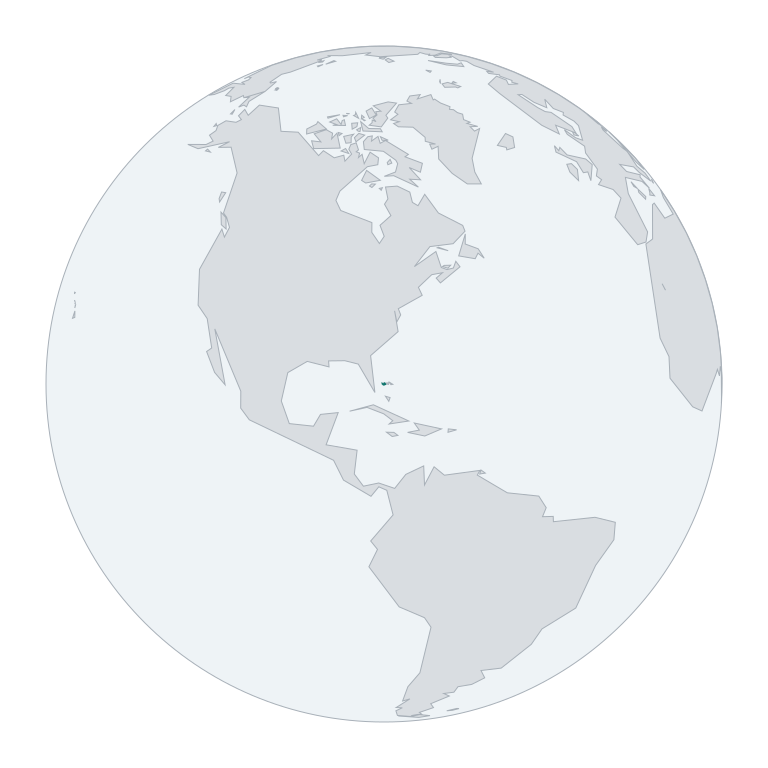 globe centered on West Grand Bahama
{"feature_id": "BHS-5011", "entity_name": "West Grand Bahama", "entity_type": "District", "adm_level": 1, "iso_a3": "BHS", "parent_name": "The Bahamas", "parent_adm1": "", "projection": "orthographic", "projection_center": [-78.67, 26.651], "detail": "fine", "context": "on_globe", "style": "filled", "palette": "teal", "viewbox_px": 768, "rotation_deg": 0, "n_neighbors": 0, "source": "natural_earth", "source_scale": "10m", "svg_char_len": 9789}
<svg xmlns="http://www.w3.org/2000/svg" viewBox="0 0 768 768"><circle cx="384" cy="384" r="338" fill="#eef3f6" stroke="#a8b0b8"/><path d="M386.8,490.3L378.8,486.8L371.0,496.3L343.5,480.1L333.6,460.3L249.3,419.8L240.7,408.1L240.8,391.2L214.8,328.9L225.1,384.8L214.6,372.4L206.6,351.5L211.7,348.0L207.2,318.6L198.1,305.2L199.5,269.3L221.9,229.1L224.4,237.1L229.5,227.4L226.6,217.2L223.5,213.0L237.1,173.0L231.1,147.2L218.3,147.4L229.6,141.7L198.0,148.7L187.8,144.4L206.1,144.5L213.1,141.1L209.5,135.2L216.0,130.6L217.9,125.4L226.0,120.8L236.0,122.3L241.4,119.6L238.5,115.8L244.8,109.4L248.2,115.3L259.4,105.1L278.4,108.0L281.0,131.3L298.2,132.2L318.6,155.6L323.4,150.7L334.2,157.8L343.8,155.2L344.9,161.2L351.6,154.1L348.8,149.2L350.8,144.6L356.2,142.9L358.5,149.9L356.2,151.8L359.6,153.1L358.5,157.5L362.1,154.3L364.2,163.7L370.1,152.2L378.5,157.8L377.8,164.7L367.4,166.7L339.9,191.1L335.9,200.4L340.7,210.5L371.9,222.6L371.8,232.4L379.4,243.5L384.2,236.3L380.0,225.3L390.9,215.6L384.5,204.2L387.9,198.9L385.5,187.0L397.2,186.1L409.8,192.1L412.4,202.4L418.0,205.7L424.7,194.3L438.4,213.0L462.7,225.4L465.0,231.2L453.1,243.7L429.9,246.6L414.4,266.6L435.9,251.5L441.3,267.5L447.0,269.6L453.4,268.0L455.8,261.3L460.0,266.8L440.4,282.9L436.2,278.1L442.5,272.7L431.7,274.7L418.4,287.3L422.2,295.3L398.3,308.7L400.7,314.9L396.8,321.9L394.6,310.8L398.1,331.6L370.6,355.6L374.9,392.5L358.3,364.1L344.8,360.7L328.6,360.9L329.0,366.9L307.2,361.4L287.8,372.6L281.3,401.0L289.3,423.6L313.5,426.2L320.5,414.4L338.2,412.6L326.1,444.8L357.1,450.2L354.3,474.0L363.4,486.2L378.7,483.0L394.7,488.4L405.8,474.4L423.7,465.9L424.5,485.0L434.1,466.8L444.4,475.2L479.9,470.4L477.3,475.1L507.3,492.8L538.8,496.1L546.2,507.7L542.5,516.7L553.2,516.4L553.4,521.7L595.0,517.3L615.3,522.3L613.9,539.7L595.6,565.4L575.8,608.0L542.0,628.9L531.3,644.3L501.2,668.1L481.0,670.5L484.7,677.8L471.7,684.4L458.0,686.7L453.9,692.2L443.7,693.5L449.3,696.0L430.7,703.7L433.5,707.6L419.4,712.4L421.7,714.2L417.1,714.5L411.8,715.5L410.6,716.5L397.4,715.4L395.9,710.8L402.3,707.8L396.2,707.5L409.9,698.9L402.6,701.0L407.9,686.7L419.9,672.8L431.0,627.2L424.5,617.7L399.2,606.9L368.9,566.8L377.5,549.4L370.7,541.0L393.1,514.9L386.8,490.3ZM72.5,318.3L74.9,310.9L74.8,317.4L72.5,318.3ZM75.5,305.3L74.8,308.0L75.2,305.5L75.5,305.3ZM75.2,302.7L75.4,304.5L74.9,303.1L75.2,302.7ZM74.5,300.1L75.0,301.2L74.8,301.3L74.5,300.1ZM373.4,404.8L408.8,421.0L389.1,424.0L392.8,420.7L383.7,413.8L367.0,407.4L349.6,411.2L373.4,404.8ZM74.5,293.9L74.6,292.2L75.3,292.5L74.5,293.9ZM388.5,384.4L382.4,383.2L388.3,382.9L388.5,384.4ZM221.0,212.1L225.9,217.6L226.1,229.0L221.3,224.7L221.0,212.1ZM221.6,192.0L225.7,192.7L219.6,202.0L219.1,198.6L221.6,192.0ZM207.6,149.1L210.4,152.1L205.5,150.9L207.6,149.1ZM216.8,125.6L213.9,126.4L216.2,123.5L216.8,125.6ZM379.3,188.4L382.4,187.7L381.2,190.3L379.3,188.4ZM375.4,184.1L371.9,187.5L369.5,186.0L371.7,183.9L375.4,184.1ZM230.5,113.9L234.9,109.5L232.2,114.2L230.5,113.9ZM380.3,180.3L365.7,183.0L361.6,180.4L366.6,170.4L380.3,180.3ZM238.6,107.1L249.2,97.2L243.9,97.7L265.1,91.4L249.0,101.4L246.5,106.8L243.9,105.1L238.6,107.1ZM345.6,148.5L348.8,153.5L341.1,151.0L345.6,148.5ZM340.2,148.1L313.7,148.6L311.6,140.8L320.9,141.9L314.2,133.8L326.3,129.7L332.6,133.2L331.6,138.9L337.0,133.1L340.2,148.1ZM275.1,90.0L279.1,88.2L276.8,90.4L275.1,90.0ZM351.1,142.7L345.9,143.2L343.7,136.4L353.7,134.2L351.2,137.0L351.1,142.7ZM306.6,134.0L306.8,129.0L316.5,124.1L317.9,121.6L326.4,129.0L306.6,134.0ZM354.4,137.7L358.8,133.4L364.7,135.1L356.0,141.8L354.4,137.7ZM339.0,135.7L338.4,132.5L342.0,133.5L339.0,135.7ZM388.2,140.2L382.1,140.3L380.4,136.7L388.2,140.2ZM360.0,131.6L358.0,131.1L356.6,129.8L360.7,127.5L360.0,131.6ZM332.7,125.3L336.7,124.6L329.7,122.0L336.7,118.8L341.1,124.4L342.2,120.6L344.3,119.7L345.5,125.5L332.7,125.3ZM360.7,121.6L368.7,128.5L380.4,128.7L382.2,131.8L363.0,131.0L360.7,121.6ZM351.7,123.3L357.7,122.8L356.9,126.6L352.2,129.2L351.7,123.3ZM340.0,114.7L328.0,118.2L327.5,116.9L340.0,114.7ZM364.3,120.8L362.3,119.2L365.2,120.3L364.3,120.8ZM347.6,115.6L343.5,116.8L343.0,115.3L347.6,115.6ZM361.7,115.2L364.3,117.3L361.3,119.0L361.7,115.2ZM355.4,114.7L355.7,112.3L358.6,118.3L353.6,115.5L355.4,114.7ZM347.8,113.9L346.2,113.4L349.6,113.6L347.8,113.9ZM371.8,107.9L376.2,115.0L369.5,118.6L366.1,111.1L371.8,107.9ZM418.8,717.4L398.3,716.0L410.1,716.7L419.7,714.6L430.0,715.6L418.8,717.4ZM446.7,710.8L457.0,708.4L459.0,708.6L452.4,710.3L446.7,710.8ZM635.2,157.9L644.2,169.5L636.2,162.1L616.5,139.3L609.0,131.9L635.2,157.9ZM599.1,123.4L599.0,123.8L586.9,114.2L598.0,123.7L600.1,124.8L607.1,131.3L605.6,130.8L601.4,127.1L603.0,130.0L622.8,148.2L627.1,151.3L636.9,166.2L645.0,173.1L650.8,181.1L639.4,172.6L633.6,166.9L619.7,164.4L626.6,171.5L640.2,174.8L640.0,177.0L649.4,188.2L642.0,181.4L625.4,177.4L628.3,193.6L647.6,231.9L646.0,242.0L637.7,244.7L615.0,217.1L621.0,198.1L613.1,189.5L598.5,184.6L601.6,179.7L596.4,175.9L597.4,169.1L585.6,153.0L584.6,146.2L567.3,134.4L564.4,129.7L575.5,137.7L582.6,140.2L578.5,125.6L574.0,121.1L563.1,115.0L563.4,112.4L553.3,108.5L544.7,99.2L546.8,107.7L534.0,102.3L522.0,94.5L518.1,94.7L537.7,107.6L545.2,111.6L551.1,112.4L571.9,126.6L576.0,133.1L555.6,125.2L559.3,134.0L541.8,125.3L499.5,93.4L488.3,84.0L496.5,76.2L506.4,80.1L508.4,84.4L518.2,83.9L511.8,82.2L512.0,80.5L499.9,76.1L499.5,74.8L488.6,73.4L486.7,71.3L493.6,72.2L474.0,65.5L466.7,61.3L462.5,60.6L460.0,60.9L452.3,56.3L449.6,56.0L451.0,57.3L446.4,57.8L435.3,57.4L433.3,55.7L437.0,55.7L441.7,53.8L452.0,54.7L450.0,54.1L440.6,53.0L434.9,55.2L428.8,55.5L430.1,53.8L429.1,54.4L425.5,54.1L419.9,52.5L417.8,54.3L380.2,56.7L365.7,55.0L371.1,52.5L342.6,55.7L328.5,55.6L329.9,56.5L317.2,60.0L321.4,59.9L321.1,60.7L290.4,72.1L281.6,74.3L270.0,82.2L270.6,83.0L276.5,81.6L265.1,91.4L243.9,97.7L243.4,95.5L230.4,101.8L231.1,96.4L225.7,95.5L233.9,87.3L228.9,88.1L224.4,90.7L214.2,94.5L208.9,95.2L233.1,83.2L245.0,84.4L241.9,82.4L248.5,79.9L251.0,77.6L248.3,77.0L244.3,78.7L270.3,66.0L272.1,65.2L295.7,57.8L319.9,52.2L344.4,48.4L369.1,46.4L393.9,46.2L418.7,47.9L443.3,51.3L467.5,56.6L491.3,63.6L514.5,72.3L537.0,82.7L558.7,94.7L579.4,108.3L599.1,123.4ZM721.4,403.2L721.5,396.6L721.3,371.9L720.3,366.3L719.5,375.9L717.4,369.4L716.1,373.7L702.0,411.0L692.7,406.8L670.0,378.2L669.0,356.6L660.1,338.1L645.9,244.0L652.6,239.0L652.5,204.6L654.2,203.1L664.8,218.2L673.2,214.1L663.4,197.6L660.6,189.8L674.2,210.9L686.3,232.9L696.7,255.8L705.3,279.4L712.2,303.5L717.3,328.1L720.5,353.1L721.9,378.1L721.4,403.2ZM662.1,283.7L665.2,289.7L665.3,289.7L662.1,283.7ZM481.0,470.0L485.3,473.1L479.7,474.0L481.0,470.0ZM386.5,432.2L393.9,432.4L397.9,435.4L392.2,436.5L386.5,432.2ZM448.3,428.9L456.6,429.8L448.0,432.3L448.3,428.9ZM414.3,423.0L441.5,428.9L424.8,436.0L407.6,432.4L419.3,430.1L414.3,423.0ZM385.4,396.2L390.1,397.6L388.8,401.3L385.4,396.2ZM392.8,384.3L391.0,384.7L388.6,381.7L392.8,384.3ZM442.5,266.5L444.2,265.4L450.7,265.2L447.9,268.2L442.5,266.5ZM478.2,248.8L484.2,258.2L478.0,253.2L475.2,258.7L458.7,255.9L465.3,233.9L465.2,244.0L478.2,248.8ZM438.4,247.2L448.2,250.7L437.2,247.8L438.4,247.2ZM566.8,164.3L571.4,163.6L577.4,169.4L578.6,180.6L569.9,172.1L566.8,164.3ZM576.6,161.7L556.0,152.1L554.4,145.7L558.8,150.7L559.8,147.4L567.1,154.9L585.7,159.0L592.2,164.6L590.9,180.7L587.8,171.9L583.4,172.7L576.6,161.7ZM506.3,147.4L497.4,145.4L505.5,133.5L512.9,136.9L514.6,147.5L506.8,149.9L506.3,147.4ZM391.8,163.1L387.9,164.7L387.2,162.6L390.1,159.4L391.8,163.1ZM385.5,140.5L408.4,154.4L405.0,156.8L422.4,163.3L420.4,172.2L409.2,167.5L420.6,179.8L409.7,179.2L418.4,187.1L393.7,175.7L384.3,176.3L395.5,172.0L397.7,163.6L395.8,160.2L383.4,151.3L364.3,149.5L363.4,141.7L367.8,136.7L372.3,135.9L371.5,141.1L378.0,136.4L380.2,143.3L385.5,140.5ZM420.2,94.6L417.4,98.9L430.9,94.6L433.2,99.9L434.6,99.1L440.5,103.0L450.0,106.7L449.5,109.3L453.5,109.7L457.4,112.6L462.6,114.2L463.6,119.6L470.1,122.2L466.9,123.4L477.7,126.4L470.1,126.7L474.5,131.1L479.6,128.5L472.1,158.3L474.8,172.0L481.3,183.9L467.3,183.9L452.2,173.4L438.7,159.0L438.1,146.3L431.9,149.2L429.7,144.1L435.5,144.0L425.3,141.3L425.1,137.3L413.0,127.2L398.4,126.8L393.6,123.5L399.2,121.7L390.6,119.8L397.9,114.3L394.7,112.0L398.8,104.8L411.5,103.4L406.9,101.0L409.8,96.0L420.2,94.6ZM373.3,105.8L388.1,101.9L396.5,103.1L385.9,115.3L387.8,118.1L381.3,126.9L369.2,125.2L372.1,122.7L372.2,120.0L376.0,121.6L373.0,118.3L377.0,115.0L375.8,111.7L380.9,111.2L373.3,105.8ZM649.8,195.0L649.9,192.9L648.7,188.4L654.6,195.8L649.8,195.0ZM638.8,192.4L638.0,189.2L645.8,196.6L645.6,199.2L638.8,192.4ZM631.0,181.7L637.4,188.5L633.8,186.4L631.0,181.7ZM574.0,134.9L572.4,131.8L574.8,132.7L578.8,136.0L574.0,134.9ZM460.7,86.5L457.8,87.9L455.7,87.0L444.7,87.3L442.1,83.9L447.7,82.4L460.7,86.5ZM652.0,181.4L651.6,179.0L653.6,183.4L652.0,181.4ZM456.1,82.8L451.8,83.2L453.2,81.4L456.1,82.8ZM439.6,81.6L440.1,79.3L440.5,83.6L439.6,81.6ZM428.0,60.5L446.2,63.2L457.5,64.2L461.2,62.8L463.8,66.6L446.3,64.9L428.0,60.5ZM386.3,57.0L383.2,59.2L379.3,58.2L379.5,57.6L386.3,57.0ZM388.1,58.3L394.0,61.2L388.8,62.5L385.2,59.9L388.1,58.3ZM425.7,70.1L431.3,71.0L430.1,72.4L425.7,70.1ZM277.2,87.6L279.0,88.1L275.2,88.9L277.2,87.6ZM323.8,60.7L322.7,62.0L318.3,62.5L323.8,60.7ZM317.4,66.0L323.1,64.5L318.0,66.8L317.4,66.0ZM335.6,61.3L325.7,64.2L333.9,60.6L335.6,61.3Z" fill="#d9dde1" stroke="#a8b0b8" stroke-width="1"/><path d="M385.4,384.3L384.9,384.5L384.7,384.5L384.4,384.7L384.2,384.6L384.1,384.8L383.9,384.9L383.7,384.9L383.4,384.7L383.1,384.6L382.6,384.0L382.3,383.8L382.3,383.7L382.4,383.8L383.1,384.2L383.3,384.4L383.5,384.4L383.6,384.5L383.8,384.5L383.9,384.4L384.0,384.3L384.2,384.2L384.3,384.1L384.4,383.9L384.5,383.8L384.5,383.7L384.4,383.7L384.1,383.6L384.3,383.4L384.4,383.1L384.5,383.1L384.7,383.4L384.7,383.5L384.8,383.5L385.0,383.6L385.2,383.9L385.4,384.3Z" fill="#14b8a6" stroke="#0f766e" stroke-width="1.5"/></svg>